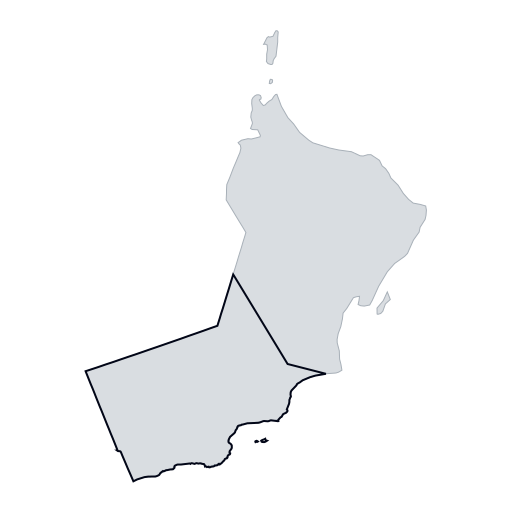 Dhofar on a map of Oman (Albers equal-area conic projection)
{"feature_id": "OMN-2411", "entity_name": "Dhofar", "entity_type": "Province", "adm_level": 1, "iso_a3": "OMN", "parent_name": "Oman", "parent_adm1": "", "projection": "albers", "projection_center": [54.841, 18.87], "detail": "fine", "context": "in_parent", "style": "outline", "palette": "ink", "viewbox_px": 512, "rotation_deg": 0, "n_neighbors": 0, "source": "natural_earth", "source_scale": "10m", "svg_char_len": 6101}
<svg xmlns="http://www.w3.org/2000/svg" viewBox="0 0 512 512"><path d="M133.2,481.0L130.5,474.8L127.9,468.7L125.3,462.5L122.6,456.4L120.8,452.1L117.7,450.5L115.8,446.0L113.9,441.3L112.0,436.6L110.1,432.0L108.2,427.3L106.3,422.6L104.4,418.0L102.5,413.3L100.6,408.6L98.7,403.9L96.8,399.3L95.0,394.6L93.1,389.9L91.2,385.2L89.3,380.6L87.5,375.9L85.6,371.2L91.8,369.1L99.4,366.6L107.0,364.0L114.6,361.5L122.2,358.9L129.7,356.3L137.3,353.7L144.9,351.1L152.4,348.5L160.0,345.9L167.5,343.3L175.1,340.6L182.6,338.0L190.1,335.4L197.7,332.7L205.2,330.1L212.7,327.4L217.3,325.7L219.3,319.5L220.9,314.4L222.4,309.3L224.0,304.1L225.6,299.0L227.2,293.8L228.8,288.7L230.4,283.5L231.9,278.4L233.5,273.2L235.1,268.1L236.7,262.9L238.2,257.8L239.8,252.6L241.4,247.5L242.9,242.3L244.5,237.2L245.9,232.5L243.2,227.9L239.5,221.9L235.6,215.5L232.0,209.5L229.4,205.2L226.2,199.9L226.5,193.2L226.5,189.8L226.8,184.6L229.8,177.4L233.3,168.2L235.9,162.1L238.1,156.8L239.9,152.6L240.9,148.2L240.3,145.1L239.1,144.0L238.1,142.6L241.5,140.2L247.9,138.7L251.4,139.0L256.3,137.8L260.1,136.8L260.4,135.4L259.3,133.1L257.7,129.8L252.2,129.5L250.5,128.5L252.4,123.6L252.3,122.0L251.6,120.2L250.8,117.1L251.2,113.0L252.3,110.3L252.3,108.1L251.7,103.6L251.9,99.6L253.0,97.6L255.0,95.7L256.9,94.8L258.9,94.8L260.5,95.6L261.2,97.7L260.8,99.2L259.7,99.4L259.3,100.0L260.9,102.8L263.3,105.5L265.1,105.0L267.1,102.9L269.2,101.1L271.9,99.5L273.8,96.5L275.5,94.6L276.9,94.3L281.4,106.4L287.9,117.7L293.6,123.9L299.6,132.4L308.7,140.1L312.8,142.8L329.6,148.0L338.8,150.0L351.4,151.7L360.2,155.8L363.2,156.0L367.7,154.7L371.0,154.7L379.5,160.4L382.1,165.9L385.6,168.7L388.8,173.3L390.9,178.0L398.1,185.2L403.3,193.4L408.6,199.4L413.2,203.1L420.2,204.4L425.7,206.0L426.4,210.1L426.0,215.4L425.1,219.4L420.1,227.3L419.1,232.1L413.4,240.1L407.5,253.4L404.6,256.4L394.6,263.5L387.3,271.8L378.7,286.2L372.2,300.5L369.7,305.0L364.2,306.1L360.6,305.7L358.1,304.5L359.0,300.6L359.5,296.3L356.2,296.8L353.4,297.7L346.8,308.4L343.1,313.1L342.4,319.0L340.8,326.6L338.2,333.6L337.1,339.5L337.2,342.8L339.3,350.9L339.6,359.2L340.9,364.2L341.9,370.2L338.7,372.1L336.0,373.0L325.1,373.8L314.1,375.9L304.5,379.5L298.7,383.0L291.3,390.8L286.9,410.5L279.6,418.8L274.6,420.6L262.5,421.4L245.6,423.8L239.6,425.8L229.8,437.8L229.0,441.6L230.9,444.3L231.6,447.3L230.7,450.1L226.2,457.7L221.3,463.2L208.3,466.7L203.5,464.6L199.2,463.6L190.8,463.5L177.0,464.7L171.9,468.8L164.0,471.6L156.6,476.0L142.7,477.6L133.2,481.0ZM272.9,63.3L272.1,64.4L270.8,64.5L268.0,63.6L266.4,61.5L266.7,58.9L266.7,54.2L267.5,49.7L267.2,45.0L265.1,44.1L263.6,44.4L267.0,37.7L268.4,36.6L269.7,37.1L273.0,36.3L274.7,32.7L276.0,30.7L277.4,30.9L278.2,32.0L277.7,37.5L277.7,42.1L276.0,56.2L274.2,58.6L273.2,60.6L272.9,63.3ZM380.7,313.5L377.9,314.3L377.1,314.0L377.0,308.1L383.3,300.6L387.3,291.9L390.3,299.5L385.4,303.9L382.8,311.3L380.7,313.5ZM272.3,82.5L270.6,83.7L269.3,83.5L269.6,81.1L270.3,79.3L272.1,79.5L272.6,80.5L272.3,82.5Z" fill="#d9dde1" stroke="#a8b0b8" stroke-width="1"/><path d="M85.9,372.0L85.6,371.2L90.5,369.6L98.1,367.1L105.6,364.5L113.2,362.0L120.7,359.4L128.3,356.8L135.8,354.3L143.3,351.7L150.8,349.1L158.4,346.5L165.9,343.9L173.4,341.3L180.9,338.7L188.4,336.0L195.9,333.4L203.3,330.8L210.8,328.1L217.4,325.8L218.8,321.3L219.1,320.4L219.9,317.8L221.1,313.7L222.8,308.5L224.7,302.3L226.8,295.4L229.1,288.0L231.4,280.4L233.2,274.5L233.8,275.4L287.6,364.0L325.9,373.8L315.4,375.6L310.0,377.2L302.6,380.3L299.8,382.4L297.9,383.4L296.9,384.2L296.5,385.2L296.1,385.7L291.5,390.5L290.7,392.2L290.5,394.4L290.8,395.9L290.9,396.4L290.7,397.0L290.1,397.9L289.9,398.7L289.5,399.6L289.4,400.1L289.4,402.0L289.0,404.0L286.8,409.4L287.5,410.3L287.4,411.3L286.7,412.2L285.9,412.9L284.0,413.7L283.0,414.3L281.7,416.7L281.4,417.0L280.8,417.2L280.5,417.4L278.4,419.7L278.3,420.0L278.4,421.1L277.9,421.2L271.0,420.3L270.1,420.5L268.8,421.1L267.8,421.3L264.0,421.0L263.1,421.2L260.3,422.3L258.6,422.8L247.3,423.3L242.9,424.5L241.9,424.6L241.5,424.7L241.3,424.9L241.1,425.1L240.8,425.3L240.0,425.3L238.5,425.7L238.1,425.9L237.5,426.7L236.9,428.5L236.5,429.3L235.8,430.0L235.6,430.4L235.0,432.3L234.8,432.6L234.2,433.3L230.1,436.8L228.9,439.1L228.6,440.0L228.4,441.1L228.6,442.3L229.1,442.9L230.6,443.8L231.4,444.7L231.8,445.6L231.8,447.8L231.5,448.7L229.7,451.1L229.6,451.5L229.5,452.2L229.6,452.8L229.9,453.0L230.2,453.2L230.2,453.5L230.0,454.1L229.8,454.4L228.6,455.0L228.2,455.3L227.9,455.6L227.7,456.0L227.6,456.8L227.1,457.6L227.3,457.8L226.9,458.3L225.5,458.7L224.8,459.1L224.6,459.5L224.4,460.2L224.0,460.7L223.5,461.0L221.6,463.1L219.7,464.5L219.4,464.5L218.9,463.8L218.4,464.1L217.9,464.8L217.4,465.2L216.7,465.3L216.0,465.5L215.4,465.6L214.8,465.5L214.1,466.2L213.2,466.5L211.4,466.7L209.9,467.3L209.2,467.3L208.7,466.7L208.2,467.0L207.4,466.9L206.9,467.1L205.4,466.1L205.0,466.4L204.7,465.5L204.5,464.7L204.0,464.1L202.1,463.8L200.9,463.4L200.3,463.3L199.8,463.3L198.9,463.5L198.4,463.6L196.8,463.2L196.2,463.2L195.7,463.4L194.8,463.8L194.5,463.9L192.4,463.3L191.3,463.2L190.4,463.9L190.0,463.6L189.6,463.5L181.3,464.5L177.8,464.5L177.0,464.7L175.0,465.6L174.6,466.0L174.4,466.4L174.4,466.8L174.5,467.1L174.5,467.5L174.4,467.9L173.8,468.4L173.6,468.7L173.1,469.2L172.0,469.4L170.0,469.5L167.3,470.1L166.4,470.1L165.6,470.4L164.7,470.9L163.8,471.3L163.0,471.0L162.2,471.6L161.0,472.5L160.0,473.5L159.6,474.4L159.2,474.9L158.4,475.4L156.8,476.1L155.4,476.5L148.2,476.6L144.5,477.1L137.2,479.4L133.4,481.3L130.7,475.0L127.9,468.7L125.2,462.3L122.5,456.0L120.9,452.1L120.4,451.4L119.6,451.2L118.0,451.1L117.3,450.6L117.6,450.6L116.3,447.2L114.5,442.7L112.7,438.2L110.8,433.7L109.0,429.2L107.1,424.6L105.3,420.1L103.5,415.6L101.7,411.1L99.8,406.6L98.0,402.1L96.2,397.6L94.4,393.0L92.6,388.5L90.7,384.0L88.9,379.5L87.1,375.0L85.9,372.0ZM265.2,438.8L265.3,439.5L265.8,440.1L266.4,440.5L267.0,440.7L265.6,441.6L264.9,441.9L264.2,442.1L262.2,442.0L261.6,441.7L261.2,440.7L262.3,440.0L264.0,439.4L265.2,438.8ZM255.5,442.1L255.3,441.7L255.5,441.2L256.1,441.0L256.7,440.8L257.6,441.3L257.9,441.5L257.3,441.9L255.9,441.9L255.5,442.1L255.5,442.1Z" fill="none" stroke="#020617" stroke-width="2"/></svg>